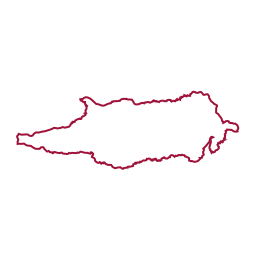 outline of Santa Bárbara, Antioquia, Colombia, rotated 94°
{"feature_id": "7082276B96866833393824", "entity_name": "Santa Bárbara", "entity_type": "district", "adm_level": 2, "iso_a3": "COL", "parent_name": "Colombia", "parent_adm1": "Antioquia", "projection": "albers", "projection_center": [-75.582, 5.865], "detail": "fine", "context": "isolated", "style": "outline", "palette": "rose", "viewbox_px": 256, "rotation_deg": 94, "n_neighbors": 0, "source": "geoboundaries", "source_scale": "gbopen_adm2", "svg_char_len": 5822}
<svg xmlns="http://www.w3.org/2000/svg" viewBox="0 0 256 256"><g transform="rotate(94 128 128)"><path d="M123.7,18.4L122.6,18.8L120.7,18.0L120.3,18.0L117.8,19.0L116.2,21.2L116.3,22.9L115.7,24.6L115.9,26.0L115.5,27.5L114.4,27.9L114.1,29.1L114.4,30.9L115.1,31.5L116.3,33.4L114.9,33.7L114.7,34.4L112.3,35.3L111.3,35.9L109.9,37.3L107.9,38.8L106.8,40.8L106.3,41.2L102.5,41.4L101.3,41.2L100.0,40.7L99.4,40.8L98.9,41.3L98.0,43.6L97.2,44.5L95.2,47.3L93.8,48.0L92.9,48.9L90.4,49.5L89.1,50.5L88.8,51.0L88.9,52.0L89.7,54.6L89.5,55.1L87.4,57.1L87.0,58.0L87.3,59.2L88.1,60.9L88.0,62.9L87.5,63.7L87.6,64.2L87.2,65.0L87.7,66.2L89.6,67.4L90.0,68.3L91.6,68.3L91.6,69.8L91.2,71.0L91.5,71.5L92.2,71.5L92.4,72.0L91.6,73.1L91.3,74.1L92.2,74.1L92.3,74.7L93.0,75.2L93.1,76.6L93.6,76.5L94.2,76.8L93.9,77.9L94.6,78.1L95.0,77.7L95.5,78.2L96.1,78.1L95.7,79.0L96.6,80.4L95.7,81.1L96.1,81.5L96.8,81.5L96.9,82.1L97.9,82.5L98.1,82.8L97.7,83.8L97.7,84.7L98.6,86.3L98.2,87.1L97.1,87.4L97.1,89.5L97.5,90.8L98.6,91.4L98.5,92.3L98.8,93.6L98.4,94.3L98.3,95.4L98.6,97.0L99.1,98.0L100.0,98.9L99.6,99.7L99.5,100.5L99.7,100.9L99.2,101.4L99.5,102.1L99.2,102.4L99.4,102.8L99.2,103.3L99.4,103.8L98.8,103.9L98.7,104.5L100.3,106.0L101.2,107.8L100.7,108.9L100.9,109.4L100.7,110.5L101.2,111.5L101.5,113.1L102.3,113.6L102.0,114.3L102.0,116.3L102.7,117.0L103.1,118.6L103.6,119.1L103.9,121.7L103.8,122.5L103.4,123.2L99.5,126.0L99.4,128.3L99.6,129.5L99.5,130.5L99.0,131.4L99.4,132.1L99.1,132.8L99.4,135.8L100.5,137.4L101.6,138.1L101.5,139.2L102.0,140.2L101.9,141.4L102.3,143.0L102.2,144.4L103.1,145.2L103.0,146.0L104.2,146.6L104.6,147.0L104.7,148.1L105.4,149.9L107.3,153.4L107.5,155.5L106.4,159.2L106.2,161.4L102.3,166.3L101.1,168.2L100.3,170.6L100.3,172.5L101.2,174.2L102.1,175.0L102.6,177.6L103.7,177.2L104.1,176.5L104.3,175.3L105.4,174.4L105.4,173.3L105.0,173.1L105.0,172.7L107.2,172.4L107.5,172.2L107.5,171.8L107.8,171.5L108.7,171.7L108.9,171.4L108.7,170.7L109.0,170.3L109.9,170.8L111.8,170.8L113.6,171.7L115.8,171.1L116.2,171.8L116.5,170.9L117.3,171.5L118.0,171.4L119.4,173.3L119.5,174.0L120.8,175.1L122.1,175.2L122.4,176.3L122.0,177.0L122.5,177.7L122.8,179.0L124.2,181.1L125.6,181.6L125.8,182.7L125.6,183.1L125.8,183.2L125.8,183.7L126.1,184.0L126.3,183.6L126.6,184.2L127.0,183.9L127.4,184.3L127.8,185.2L128.1,185.5L129.4,185.7L130.8,186.9L132.1,191.0L131.6,193.2L132.4,194.7L133.1,197.1L133.3,198.1L133.0,201.3L133.1,202.0L134.2,203.7L135.1,205.7L137.0,210.6L137.9,214.4L138.8,216.8L138.8,219.3L139.0,219.8L140.5,221.6L142.1,222.5L142.7,223.8L142.6,225.7L141.5,227.5L141.4,228.1L142.1,233.9L141.5,236.6L142.1,236.8L143.9,238.0L144.6,238.0L147.0,236.7L148.0,236.7L149.3,237.2L151.6,237.0L151.3,236.1L151.3,233.3L150.8,230.7L151.7,229.3L152.5,227.5L152.6,223.7L154.6,220.4L155.2,218.5L155.0,215.1L154.6,214.3L153.8,213.9L153.3,213.3L153.1,212.2L153.2,211.1L153.6,210.6L154.7,210.0L157.1,207.2L157.0,206.6L156.4,205.5L157.6,204.2L157.5,202.2L158.2,201.8L158.4,201.2L158.1,200.7L157.1,200.1L157.0,199.7L157.6,197.1L157.8,195.1L157.7,194.2L157.1,192.5L158.0,191.1L158.2,186.9L157.9,186.0L157.0,185.2L157.3,183.8L156.7,182.5L156.7,177.9L156.0,176.7L156.3,175.8L156.2,175.5L155.1,173.9L154.9,173.4L155.7,169.5L155.6,166.8L156.2,164.4L156.2,163.6L156.0,163.3L154.9,163.4L154.8,163.0L155.3,161.8L156.4,160.9L157.4,161.1L158.8,162.0L159.5,161.9L160.5,159.5L161.4,158.9L163.3,158.4L164.7,156.1L164.9,155.0L164.0,153.9L164.0,153.6L165.2,152.7L165.5,152.2L165.3,151.8L164.5,151.3L164.8,150.2L164.1,150.0L163.9,149.5L164.2,148.8L165.5,147.8L165.6,146.9L166.2,145.6L166.0,142.2L167.1,141.2L167.9,140.7L169.0,138.1L168.1,135.4L167.7,132.9L168.8,131.2L169.0,129.9L168.2,129.3L167.5,125.5L166.8,125.6L166.6,125.3L166.4,123.0L165.7,121.0L165.7,120.5L165.5,120.2L164.6,120.3L163.8,120.2L163.2,118.9L162.1,118.3L162.1,117.9L163.0,117.5L162.7,117.0L162.2,116.9L161.9,116.6L161.6,115.3L161.8,114.3L160.8,113.6L161.2,113.1L161.2,112.9L159.4,110.7L159.2,110.1L159.3,108.9L158.6,107.3L157.5,107.1L157.6,106.5L157.1,105.4L157.0,104.7L157.4,103.5L157.9,103.3L158.0,102.5L158.6,102.4L158.9,101.5L158.4,100.7L158.0,101.2L157.7,101.1L157.4,100.4L157.5,99.6L156.9,99.1L156.7,98.5L156.8,98.3L157.2,98.5L157.3,97.8L157.7,97.8L157.8,97.3L158.3,97.3L158.7,96.9L158.7,95.4L158.0,95.0L157.9,94.6L158.5,93.7L157.5,92.4L156.5,92.6L155.9,92.0L155.8,91.5L155.4,91.0L155.3,90.4L154.8,90.0L155.3,89.6L155.2,89.1L155.8,88.5L155.7,86.7L155.0,85.7L154.4,85.3L154.2,84.1L152.8,83.9L152.3,83.3L152.0,82.6L152.2,81.2L152.8,80.5L152.8,80.1L153.4,79.5L152.3,78.4L152.5,77.4L152.3,76.6L151.3,75.7L151.6,74.2L151.3,73.5L151.4,73.0L150.9,72.3L151.3,70.8L151.2,69.9L151.4,69.6L152.3,69.3L152.3,68.5L152.8,67.8L153.2,66.1L153.9,64.9L155.4,64.9L156.3,64.7L156.4,63.8L156.8,63.0L156.4,62.1L157.1,59.8L156.9,58.1L156.0,55.9L153.6,53.7L153.2,53.7L152.9,54.0L152.7,52.5L152.1,52.0L150.9,52.1L149.6,50.7L149.2,50.6L148.0,51.0L147.6,51.4L146.6,51.4L145.5,50.9L144.1,50.8L143.9,51.2L143.3,51.5L140.5,49.0L135.8,45.7L133.1,45.4L132.3,45.1L131.0,44.2L131.0,43.0L131.3,42.5L132.0,43.9L133.3,44.8L134.2,44.9L135.0,44.5L136.8,44.4L138.4,44.8L139.8,45.0L140.5,45.3L142.4,45.4L143.3,44.8L143.7,44.3L144.4,44.5L144.9,43.9L146.8,43.0L145.8,42.3L146.5,41.5L146.4,41.1L146.0,40.7L145.9,39.9L144.4,39.1L143.9,38.4L143.7,37.6L142.2,36.2L141.6,36.0L141.2,36.2L140.9,36.0L140.4,36.0L139.8,36.8L138.9,37.1L138.5,37.6L137.3,37.0L136.8,37.1L136.6,36.9L136.9,36.2L136.6,36.1L136.7,35.2L135.8,35.4L135.5,34.9L134.9,34.5L135.2,34.0L134.9,33.8L135.0,33.3L135.7,32.8L135.5,32.5L134.2,32.5L133.7,31.6L133.1,31.5L133.0,31.2L132.9,31.6L132.3,31.6L132.1,31.0L131.5,31.1L131.4,30.7L130.7,30.9L130.2,30.5L129.4,30.8L128.5,30.5L127.7,31.0L126.9,30.7L126.5,30.2L125.2,30.0L124.8,30.3L124.3,30.0L123.9,30.2L123.7,29.6L123.1,29.2L122.7,29.0L122.9,28.7L122.6,26.9L122.7,24.6L123.9,22.3L124.2,20.2L123.7,18.4Z" fill="none" stroke="#9f1239" stroke-width="2"/></g></svg>